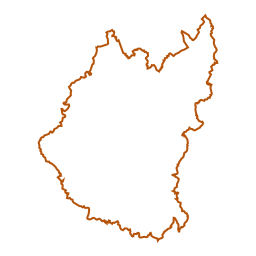 outline of Zimapán, Hidalgo, Mexico
{"feature_id": "50627088B91446293521910", "entity_name": "Zimapán", "entity_type": "district", "adm_level": 2, "iso_a3": "MEX", "parent_name": "Mexico", "parent_adm1": "Hidalgo", "projection": "robinson", "projection_center": [-99.362, 20.762], "detail": "fine", "context": "isolated", "style": "outline", "palette": "amber", "viewbox_px": 256, "rotation_deg": 0, "n_neighbors": 0, "source": "geoboundaries", "source_scale": "gbopen_adm2", "svg_char_len": 5777}
<svg xmlns="http://www.w3.org/2000/svg" viewBox="0 0 256 256"><path d="M178.1,165.1L177.9,164.4L178.8,163.6L179.1,162.2L181.6,158.5L183.4,157.0L184.4,152.8L186.2,151.7L187.0,150.5L187.4,148.4L187.1,146.7L187.7,145.6L187.2,144.8L187.8,143.3L187.4,139.5L185.5,136.6L184.8,136.5L185.0,136.0L182.3,135.3L182.3,134.9L183.0,133.7L183.8,133.8L183.5,133.1L184.3,132.0L185.7,131.9L187.2,130.2L188.5,129.8L189.4,127.7L190.6,128.8L192.8,129.3L193.5,130.1L194.9,130.3L200.2,127.4L200.5,126.4L202.3,125.0L203.1,123.0L202.3,121.7L201.6,122.0L198.9,120.9L197.9,119.0L197.0,118.3L197.4,116.7L197.0,116.4L197.0,115.4L196.1,115.1L196.3,114.3L195.4,109.7L195.8,106.6L195.3,105.7L195.5,103.3L197.6,102.8L197.1,103.2L197.7,103.5L199.0,102.2L197.9,101.5L199.2,102.0L200.0,100.4L201.1,99.9L204.3,100.8L204.9,99.6L207.2,99.3L208.2,97.7L209.8,97.8L209.9,96.9L210.8,95.7L210.5,95.0L211.2,95.0L211.8,93.8L210.5,88.2L210.7,86.3L211.5,84.8L209.3,83.5L208.7,83.8L208.9,84.6L207.7,84.2L206.9,83.5L206.9,82.4L207.6,82.7L207.6,81.1L211.0,74.4L209.6,73.1L209.4,72.1L212.4,70.3L211.2,66.7L213.1,64.6L213.9,64.8L214.5,64.4L214.7,62.7L215.7,63.2L217.3,62.9L216.9,61.2L214.0,58.8L214.3,58.0L213.8,56.4L214.3,53.3L215.7,52.0L216.7,50.2L216.3,48.5L215.1,47.0L214.0,44.0L213.8,42.0L214.3,39.9L211.2,36.0L210.7,33.9L211.9,33.0L211.2,31.3L212.4,29.6L212.3,28.7L213.1,28.2L212.8,26.3L212.1,25.8L211.3,26.1L211.5,24.2L210.5,23.2L210.4,21.2L209.6,19.8L206.3,17.6L205.4,15.4L201.8,19.0L203.3,20.4L204.1,22.0L202.7,24.0L200.4,25.8L199.8,28.2L197.6,29.6L199.0,32.2L196.4,36.4L196.3,37.3L193.4,40.1L192.4,40.0L191.6,38.8L190.3,38.0L188.7,35.1L182.0,31.1L181.5,32.3L183.1,35.4L184.0,41.4L188.0,47.4L184.3,49.6L181.0,50.8L178.9,52.6L175.8,53.9L173.5,56.0L170.3,53.4L169.7,53.4L168.7,54.5L168.7,55.9L167.1,56.0L167.2,57.6L164.8,58.3L164.8,59.9L164.3,60.8L163.6,60.6L163.8,61.5L162.2,64.3L162.4,66.2L161.6,66.8L162.1,67.6L160.6,68.6L160.8,69.3L159.7,70.2L159.2,71.5L156.6,70.0L155.3,66.7L153.9,65.0L152.8,65.4L151.9,65.1L151.2,66.7L149.7,67.8L148.3,67.9L148.1,68.5L147.5,68.6L147.6,65.9L146.8,65.6L146.5,64.2L147.5,63.4L147.7,60.8L145.9,58.5L146.1,57.8L148.0,56.0L147.9,53.1L146.9,52.9L145.8,51.7L144.7,52.0L144.0,51.3L143.9,50.4L142.5,50.6L140.2,48.6L137.8,48.7L137.2,49.3L135.8,49.6L136.3,50.0L134.4,50.3L132.7,51.3L133.2,52.7L134.7,53.8L134.4,55.4L132.0,55.2L129.2,58.2L128.3,58.2L128.3,57.2L126.7,56.5L127.0,55.8L125.3,54.8L125.6,53.9L123.2,53.0L118.6,40.2L117.2,41.1L116.2,39.7L116.2,37.4L115.3,37.5L115.3,36.7L113.5,36.0L112.3,36.2L112.3,35.5L113.5,34.9L113.9,34.1L114.2,32.4L113.9,31.4L113.1,31.4L112.1,30.0L110.0,31.3L107.9,31.6L106.4,32.5L107.5,34.1L106.6,36.3L107.8,39.1L108.1,43.6L107.7,44.2L100.9,46.5L97.8,46.5L97.0,47.6L96.4,47.5L96.9,50.2L96.5,52.6L95.2,55.8L92.9,58.1L93.8,60.1L93.6,63.7L92.4,64.4L90.5,70.2L89.6,71.5L89.7,72.4L91.2,73.8L90.8,74.7L89.7,74.9L87.8,71.9L86.6,71.8L85.3,73.3L85.4,75.5L86.0,76.4L85.5,77.1L84.2,77.7L81.0,77.0L80.4,78.6L79.1,79.6L75.8,80.7L74.0,82.8L72.3,82.8L71.2,83.9L70.7,85.4L69.0,86.8L69.7,88.6L71.2,90.4L70.7,93.0L70.9,95.4L66.9,99.3L66.4,101.9L65.6,102.5L64.0,102.5L63.5,103.3L64.6,104.5L68.9,104.5L69.2,106.2L67.7,108.8L64.8,111.2L63.9,110.8L62.1,108.8L61.5,108.9L62.3,113.4L63.3,114.6L64.7,114.9L65.3,116.2L64.9,117.1L62.8,117.8L62.2,121.2L60.1,122.5L61.2,124.0L61.5,125.9L58.5,126.0L57.1,127.7L54.1,129.4L53.7,131.1L52.3,132.6L51.7,132.5L51.2,131.5L50.4,131.5L48.8,134.0L44.3,135.5L43.4,137.1L41.6,137.4L40.6,138.5L40.7,139.8L39.9,140.1L38.7,142.7L39.5,145.8L39.3,147.9L40.9,149.4L40.3,150.7L41.4,152.1L41.2,153.8L43.2,154.7L43.3,156.4L45.2,157.7L46.0,161.1L48.0,161.8L49.0,161.6L50.0,163.0L51.8,163.6L55.3,166.7L57.3,169.8L58.5,170.6L59.0,171.7L58.9,172.7L60.6,173.5L60.8,174.3L60.2,174.9L60.9,175.8L58.7,176.5L57.8,177.3L61.4,181.1L62.5,181.0L63.1,180.4L62.7,181.8L61.3,182.3L61.3,183.8L62.4,184.5L62.7,185.4L62.4,188.7L65.9,190.4L65.2,191.7L65.6,192.8L68.4,193.3L68.3,194.0L67.1,195.0L67.5,195.9L67.0,198.0L68.4,198.4L69.8,197.9L70.9,199.3L72.5,199.7L72.8,201.5L73.6,202.5L79.5,206.1L81.2,206.2L82.6,207.3L84.0,206.3L84.6,207.6L85.2,207.9L87.9,207.7L88.9,208.2L89.2,209.7L88.6,214.2L87.2,217.7L87.7,218.9L89.2,219.4L90.8,219.2L92.9,217.9L93.9,217.9L96.9,219.7L99.2,218.7L100.3,219.2L102.0,221.2L104.2,220.4L104.6,221.9L106.6,223.4L106.5,221.5L108.5,222.5L108.9,220.5L109.9,220.8L109.8,222.2L112.1,223.8L112.6,222.9L113.5,222.6L114.3,222.9L117.6,221.2L118.5,222.7L118.0,224.4L119.9,225.5L119.9,226.8L120.9,229.2L123.0,230.2L124.8,228.4L127.1,228.6L128.7,230.2L130.0,229.5L130.4,231.1L130.1,233.0L131.6,235.7L132.5,236.5L133.4,236.1L133.7,234.1L134.0,233.8L136.7,234.1L137.4,232.9L138.2,232.8L139.0,233.3L139.3,235.0L138.9,236.3L139.8,237.3L140.6,237.6L144.3,236.8L146.4,237.2L147.5,236.9L148.0,235.4L149.3,235.0L150.0,233.2L150.7,232.9L151.6,236.0L153.4,237.2L157.4,238.6L157.8,240.6L159.0,239.1L162.2,237.8L162.7,237.1L162.5,234.6L163.7,233.2L163.9,232.1L165.0,231.5L165.5,230.6L166.5,230.4L167.7,229.0L170.1,228.2L171.1,227.2L170.5,227.0L170.6,226.2L173.5,222.3L173.7,217.8L174.9,218.1L177.1,222.0L177.4,223.3L178.2,224.0L178.6,226.1L178.1,229.0L179.1,232.3L179.6,229.3L181.4,227.0L182.4,227.3L184.3,225.6L184.6,225.2L184.2,224.4L184.8,222.8L186.1,221.9L187.5,219.6L187.9,217.3L187.4,216.5L187.8,216.1L187.7,215.2L186.9,214.5L186.9,213.5L185.2,212.8L184.1,211.2L182.1,211.1L181.9,210.6L182.3,209.7L181.1,207.4L180.3,206.8L180.1,205.8L180.7,203.7L180.6,202.7L178.2,202.0L177.0,199.8L176.0,199.0L177.6,198.6L177.4,197.6L176.8,196.9L176.7,194.2L178.1,193.4L178.2,192.9L177.7,192.5L175.1,193.4L175.2,192.1L173.1,191.1L174.1,190.7L174.7,188.2L176.9,186.9L176.9,184.2L178.2,181.5L178.8,179.0L177.5,177.7L175.4,176.8L175.0,175.9L171.8,174.9L176.8,174.0L177.5,173.4L177.7,172.9L176.5,168.0L177.7,166.1L177.6,165.0L178.1,165.1Z" fill="none" stroke="#b45309" stroke-width="2"/></svg>